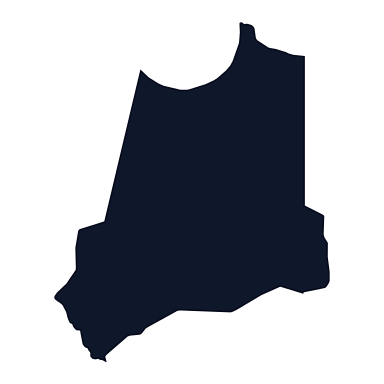 an SVG outline of Batha
{"feature_id": "TCD-1472", "entity_name": "Batha", "entity_type": "Prefecture", "adm_level": 1, "iso_a3": "TCD", "parent_name": "Chad", "parent_adm1": "", "projection": "mercator", "projection_center": [18.213, 14.169], "detail": "fine", "context": "isolated", "style": "filled", "palette": "ink", "viewbox_px": 384, "rotation_deg": 0, "n_neighbors": 0, "source": "natural_earth", "source_scale": "10m", "svg_char_len": 2230}
<svg xmlns="http://www.w3.org/2000/svg" viewBox="0 0 384 384"><path d="M70.7,278.5L75.9,270.9L76.5,269.6L76.6,268.0L76.1,248.7L76.1,247.9L78.7,232.3L78.9,231.3L79.4,230.3L80.3,229.7L104.9,222.0L140.8,70.9L148.3,78.0L158.4,84.3L163.4,86.5L180.4,90.5L187.2,90.5L189.6,90.0L205.8,84.9L214.0,81.1L217.5,78.9L226.6,71.0L230.9,65.9L233.4,61.2L239.6,43.5L239.8,42.5L240.6,32.3L240.2,23.8L240.3,23.3L240.7,23.1L241.3,23.0L242.1,23.3L243.4,24.5L243.9,24.8L244.8,24.9L246.3,24.5L246.8,24.5L247.8,24.7L250.6,25.5L251.2,25.8L251.8,26.2L252.8,27.1L253.3,27.7L253.6,28.2L254.0,30.1L255.1,38.0L255.2,38.4L255.4,38.9L256.1,39.9L257.2,41.1L267.9,48.1L269.2,48.6L275.6,49.7L285.6,52.8L288.7,54.3L293.0,55.5L304.1,56.7L304.1,193.8L304.1,206.0L322.4,215.3L323.2,215.9L323.5,216.4L322.9,234.6L323.4,236.5L324.0,238.2L326.9,242.7L327.1,243.5L327.0,256.9L328.9,271.9L328.9,280.7L328.6,281.6L328.1,282.9L325.9,286.3L325.3,286.9L324.9,287.1L324.1,287.4L303.1,291.7L302.5,292.0L302.7,292.4L303.3,293.0L280.2,285.9L261.0,294.5L236.3,309.2L231.9,311.3L230.6,311.6L229.4,311.6L179.8,309.7L178.4,309.9L176.8,310.3L147.5,326.5L145.1,328.1L141.4,332.8L140.3,333.7L139.3,334.0L130.0,334.9L128.7,335.3L127.2,335.9L106.0,354.3L104.4,356.5L105.6,361.0L104.9,360.7L104.2,360.3L103.9,360.1L103.2,359.6L102.8,359.5L102.3,359.3L100.6,359.1L100.2,359.1L99.8,358.9L99.1,358.4L98.8,358.2L98.3,358.1L97.8,358.1L97.4,358.2L96.5,358.4L96.0,358.5L95.5,358.6L94.6,358.5L93.6,358.3L93.1,358.2L92.7,358.0L92.4,357.7L91.3,356.5L91.1,356.1L91.0,355.5L91.1,353.2L91.0,352.6L90.7,352.0L90.2,351.2L89.4,350.4L89.1,350.0L88.6,348.6L88.3,348.1L88.0,347.8L87.7,347.5L85.7,346.8L85.4,346.6L85.1,346.3L83.6,344.4L83.2,343.2L81.2,332.8L81.1,331.8L81.0,331.0L80.4,330.1L79.9,329.8L79.3,329.6L78.8,329.6L77.8,329.7L77.3,329.6L76.8,329.5L76.4,329.3L76.1,329.1L75.8,328.8L75.1,327.9L74.5,327.2L74.1,326.8L73.7,326.1L73.0,324.1L72.7,323.6L72.4,323.3L72.0,323.1L71.2,322.8L70.8,322.6L70.5,322.3L70.2,322.0L70.0,321.7L69.5,320.7L68.3,317.7L67.0,312.3L66.7,311.5L63.2,304.8L62.6,304.2L60.2,302.1L58.3,301.0L55.7,298.9L55.4,298.6L55.2,298.2L55.1,297.8L55.1,297.1L55.2,296.6L55.4,296.1L57.6,293.0L64.8,286.1L65.9,285.2L67.2,283.8L70.7,278.5Z" fill="#0f172a" stroke="#020617" stroke-width="1.5"/></svg>